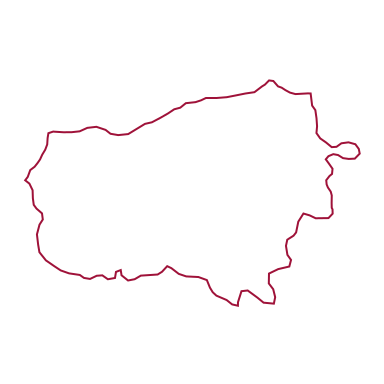 Bräcke, Jämtland, Sweden, rotated 181°
{"feature_id": "70781695B53803129879670", "entity_name": "Bräcke", "entity_type": "district", "adm_level": 2, "iso_a3": "SWE", "parent_name": "Sweden", "parent_adm1": "Jämtland", "projection": "mercator", "projection_center": [15.509, 62.864], "detail": "fine", "context": "isolated", "style": "outline", "palette": "rose", "viewbox_px": 384, "rotation_deg": 181, "n_neighbors": 0, "source": "geoboundaries", "source_scale": "gbopen_adm2", "svg_char_len": 1877}
<svg xmlns="http://www.w3.org/2000/svg" viewBox="0 0 384 384"><g transform="rotate(181 192 192)"><path d="M75.1,292.6L78.1,292.6L90.3,291.7L95.8,293.1L100.4,295.5L104.2,297.9L107.8,299.1L112.6,304.4L116.9,304.9L121.0,300.6L123.7,298.9L131.3,292.9L140.4,291.4L150.0,289.3L158.9,287.4L169.2,286.4L179.8,286.2L184.6,283.8L190.1,281.9L199.7,280.7L205.2,276.1L211.2,274.4L217.4,270.1L224.6,265.8L233.3,261.0L240.2,259.3L256.8,248.8L266.8,247.6L274.5,248.8L279.5,252.6L288.7,255.5L297.8,254.3L305.4,250.7L313.4,249.7L321.5,249.5L330.6,249.9L331.8,250.0L336.6,248.3L337.3,243.5L337.6,237.0L339.5,231.7L342.4,226.7L344.5,221.9L346.9,218.3L349.8,214.5L354.1,211.1L356.5,204.2L359.0,200.8L354.7,197.5L351.4,191.0L351.0,183.0L350.0,176.4L347.2,172.7L341.6,168.0L340.7,161.9L343.9,156.7L346.3,146.9L344.9,136.6L343.5,129.1L336.9,121.1L328.5,115.5L321.9,111.3L313.5,108.5L302.7,107.1L298.5,104.2L292.4,103.3L285.8,106.6L280.2,107.1L274.6,103.3L267.5,104.7L266.6,110.8L261.9,112.7L261.0,107.5L254.4,102.4L247.8,103.8L241.7,107.5L224.9,108.9L220.6,111.7L215.5,117.4L211.3,115.5L203.8,109.9L196.3,107.5L184.1,107.1L175.6,104.2L172.4,96.7L169.5,92.1L165.8,88.8L155.5,84.6L149.9,80.3L144.1,79.1L144.1,82.6L140.8,93.7L134.6,94.5L124.7,87.5L118.5,82.6L108.2,81.8L107.0,88.3L109.1,96.2L113.6,101.9L113.6,111.8L104.5,116.4L93.4,119.2L91.8,125.8L95.5,130.8L97.1,139.8L95.9,146.0L89.7,150.1L87.2,153.4L85.2,164.2L80.2,172.4L74.0,170.7L67.9,167.9L55.1,168.3L51.0,172.8L51.2,177.1L52.0,178.6L52.2,183.4L52.2,191.0L53.3,194.8L56.2,198.9L57.5,201.9L58.0,206.1L54.8,210.4L52.3,212.5L51.9,217.7L55.9,223.2L58.8,227.0L56.2,230.2L51.4,232.3L46.6,231.5L41.6,228.5L35.9,227.8L29.8,228.2L25.0,233.3L26.0,238.0L29.5,242.6L36.4,244.4L43.5,243.3L48.3,239.7L53.1,239.3L58.9,243.9L64.7,247.8L68.6,253.1L68.1,259.9L68.8,267.9L70.1,276.0L73.4,280.5L75.1,292.6Z" fill="none" stroke="#9f1239" stroke-width="2"/></g></svg>